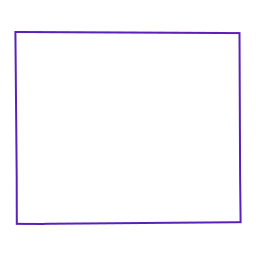 outline of Kiowa, Kansas, United States of America
{"feature_id": "52423323B18660860300625", "entity_name": "Kiowa", "entity_type": "district", "adm_level": 2, "iso_a3": "USA", "parent_name": "United States of America", "parent_adm1": "Kansas", "projection": "equal_earth", "projection_center": [-99.379, 37.558], "detail": "fine", "context": "isolated", "style": "outline", "palette": "violet", "viewbox_px": 256, "rotation_deg": 0, "n_neighbors": 0, "source": "geoboundaries", "source_scale": "gbopen_adm2", "svg_char_len": 237}
<svg xmlns="http://www.w3.org/2000/svg" viewBox="0 0 256 256"><path d="M15.4,32.0L16.7,176.9L16.8,223.9L21.9,223.9L43.7,224.0L45.5,223.8L240.6,222.2L240.1,175.4L239.5,33.1L15.4,32.0Z" fill="none" stroke="#5b21b6" stroke-width="2"/></svg>